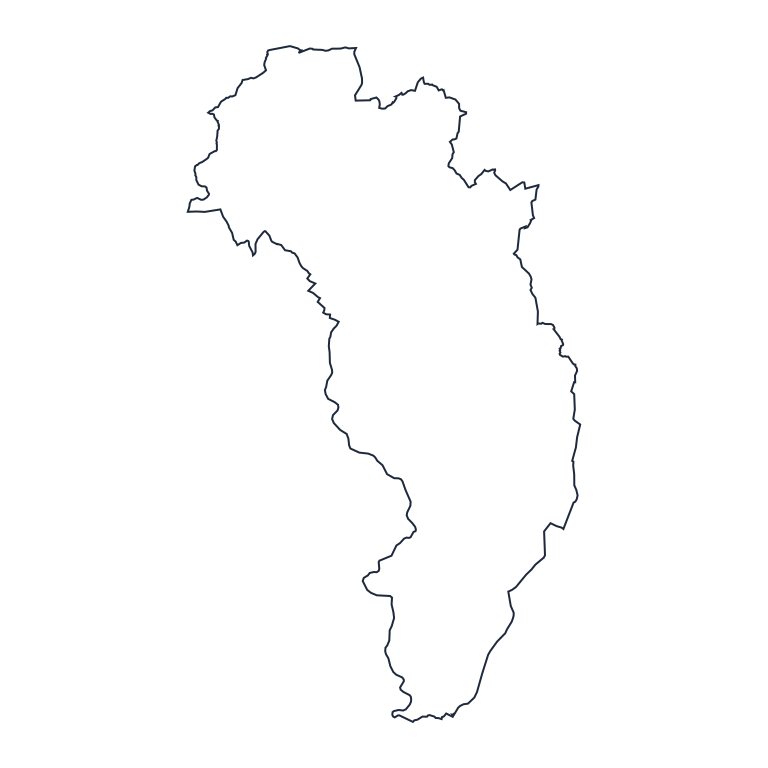 Muinebeag Lea-5, Carlow, Ireland
{"feature_id": "5873133B83238014482062", "entity_name": "Muinebeag Lea-5", "entity_type": "district", "adm_level": 2, "iso_a3": "IRL", "parent_name": "Ireland", "parent_adm1": "Carlow", "projection": "albers", "projection_center": [-6.936, 52.637], "detail": "fine", "context": "isolated", "style": "outline", "palette": "slate", "viewbox_px": 768, "rotation_deg": 0, "n_neighbors": 0, "source": "geoboundaries", "source_scale": "gbopen_adm2", "svg_char_len": 6046}
<svg xmlns="http://www.w3.org/2000/svg" viewBox="0 0 768 768"><path d="M248.0,79.1L242.6,80.0L241.5,83.2L237.6,88.1L235.4,95.2L232.1,96.5L230.3,96.3L228.2,97.8L226.2,97.8L225.5,98.8L221.0,101.7L218.0,107.1L215.3,107.4L212.5,110.4L210.2,111.0L208.2,112.7L210.4,113.9L212.3,113.8L213.9,114.5L214.5,117.5L216.8,120.5L217.8,120.9L217.6,121.9L219.0,125.0L218.5,125.8L219.0,126.5L218.9,128.9L217.6,130.6L217.2,136.5L216.3,140.8L216.9,142.7L216.5,143.5L216.9,144.5L216.9,149.9L215.9,151.1L214.8,151.1L209.6,154.0L208.1,157.8L206.5,159.1L202.2,162.0L199.3,163.2L197.5,165.0L196.8,165.0L195.1,166.3L194.4,170.6L195.5,173.9L195.3,175.3L196.3,177.0L196.3,180.0L198.5,184.6L201.6,186.3L204.9,186.4L206.5,187.5L207.0,190.6L209.0,193.8L208.8,194.9L206.8,197.4L203.5,199.6L201.2,199.8L197.1,197.9L193.5,199.6L191.4,199.8L189.7,203.6L189.4,206.7L187.8,211.8L196.9,211.5L204.8,211.9L220.4,209.4L223.1,216.7L226.7,221.8L228.7,225.8L228.9,227.4L232.1,232.9L233.7,239.8L235.7,241.6L237.4,245.2L241.0,242.9L244.2,242.6L247.0,240.6L248.1,240.9L248.7,241.5L249.2,245.9L252.6,252.5L253.0,255.4L254.7,253.9L255.6,251.9L255.5,243.9L257.5,239.3L263.6,231.9L264.8,231.1L265.5,231.3L269.4,235.7L271.3,240.7L272.2,241.8L277.0,244.2L277.3,243.9L281.3,245.1L285.0,250.2L291.0,251.3L292.1,252.6L294.6,253.4L297.6,257.5L299.5,262.9L301.1,265.9L302.8,268.0L307.4,271.0L308.8,273.2L310.3,274.3L307.3,278.5L309.7,281.1L315.3,283.5L308.3,290.8L313.0,292.9L318.1,297.2L320.0,298.1L317.7,301.9L324.5,308.0L324.3,310.3L323.2,312.6L326.1,314.3L330.1,314.5L329.8,318.0L334.8,319.7L338.7,321.8L336.5,325.8L333.7,328.6L331.1,332.4L330.4,336.7L329.3,338.8L328.8,346.4L329.6,352.1L329.9,362.9L332.0,369.9L332.2,372.6L331.2,375.0L327.3,380.7L326.2,386.7L324.9,390.2L325.7,394.2L328.2,398.9L334.9,402.3L338.0,404.8L338.4,407.5L337.5,410.5L333.0,415.1L332.1,419.0L333.8,423.0L340.2,430.0L346.7,434.0L348.4,438.7L349.1,445.3L350.4,448.5L359.3,452.6L368.2,453.6L373.3,455.6L375.2,457.4L377.3,460.8L382.5,465.2L387.1,474.2L394.2,478.2L398.5,478.3L401.0,479.3L402.5,481.4L405.6,490.2L410.6,501.6L410.4,505.7L407.2,512.4L406.7,515.3L408.1,518.8L412.4,523.2L415.1,526.8L415.9,529.5L415.5,531.2L413.5,531.9L410.6,537.2L409.0,537.9L406.6,537.6L404.1,538.6L400.0,543.1L396.4,545.5L391.5,555.7L379.4,560.7L378.7,562.1L379.3,568.9L378.6,571.0L376.6,572.2L373.8,572.0L369.7,573.0L367.9,575.4L363.8,577.9L362.7,581.0L367.2,589.9L370.9,592.8L376.8,595.3L390.1,596.0L392.0,597.6L391.6,604.5L393.4,612.2L394.1,618.0L391.7,626.2L389.7,630.3L389.3,640.5L387.2,645.6L385.5,647.6L385.2,651.3L386.0,654.2L388.4,658.4L390.4,666.3L393.3,672.0L396.2,674.7L402.2,677.4L403.8,679.6L403.8,681.3L400.1,687.4L400.6,689.6L403.3,691.9L409.7,695.2L410.8,696.7L411.2,699.2L411.0,701.6L409.8,704.5L405.9,709.3L403.2,710.5L398.5,710.0L393.9,711.1L392.6,712.1L392.3,714.8L393.1,716.5L394.7,717.4L398.0,715.4L399.4,715.4L412.9,721.9L414.4,720.3L417.4,719.7L422.4,716.6L427.0,716.7L428.0,715.4L429.6,715.1L434.4,716.6L435.7,718.0L438.5,718.1L441.6,719.1L442.0,717.1L443.9,716.4L446.2,713.5L452.7,716.8L453.2,715.8L452.5,714.8L453.2,715.0L453.6,714.0L454.2,714.4L458.1,707.8L460.0,706.0L463.4,704.3L468.0,703.6L474.3,697.6L477.0,692.0L482.3,673.2L488.1,654.9L490.3,651.0L497.1,641.6L505.3,633.2L506.9,629.5L511.6,621.9L512.8,618.7L513.6,615.9L513.7,612.7L510.8,606.1L508.3,591.6L512.0,589.9L516.0,587.0L526.1,574.7L531.5,569.5L535.3,564.7L543.8,557.6L545.0,555.3L544.1,531.4L550.5,523.2L556.8,526.2L561.6,527.6L563.4,529.0L573.6,502.5L575.3,501.7L576.7,499.3L577.6,495.4L576.3,489.9L574.3,485.4L574.2,474.2L573.2,465.8L573.4,461.6L572.2,460.9L575.9,447.4L577.1,437.3L580.2,424.5L574.7,420.6L573.3,418.8L574.8,409.6L574.2,394.1L571.2,391.4L574.1,382.2L575.2,382.3L575.0,375.5L577.1,371.0L576.8,368.3L575.3,366.1L575.4,364.6L573.8,364.4L572.6,363.1L568.3,356.7L566.1,356.7L565.4,356.2L562.9,356.6L560.0,354.9L559.6,353.8L560.4,352.5L559.6,350.7L560.2,350.1L559.7,348.6L560.6,348.3L561.1,346.0L562.9,345.2L563.2,344.2L561.6,340.3L561.9,339.6L560.6,339.1L559.5,336.8L553.7,329.3L554.2,329.2L554.5,327.8L553.0,325.0L551.2,324.1L545.2,324.0L542.4,322.8L541.4,323.7L538.2,323.5L537.5,324.0L537.9,311.5L535.4,297.7L532.5,294.1L530.5,290.0L531.8,287.8L530.5,284.6L531.5,279.4L530.7,276.6L529.0,273.6L521.9,267.0L520.3,259.4L517.6,257.4L516.3,255.1L514.4,254.5L513.8,253.7L517.5,249.7L519.6,229.6L520.6,228.5L525.5,226.5L525.0,228.1L527.5,227.3L530.1,223.1L531.1,220.6L530.7,220.0L534.1,218.1L532.9,215.2L531.4,202.4L532.3,201.0L535.4,199.6L536.6,189.5L538.4,186.5L538.5,185.1L525.3,188.7L524.3,182.5L522.3,182.3L510.3,190.0L505.9,183.4L502.5,181.4L495.5,175.3L494.2,172.8L495.2,170.2L495.0,169.4L493.7,169.8L492.9,169.4L488.3,171.4L485.8,170.9L484.6,169.9L481.4,174.0L478.4,176.1L474.9,180.1L474.8,182.0L475.9,183.9L471.4,185.9L470.2,187.4L468.5,187.2L463.9,179.9L461.6,177.8L459.7,174.9L456.5,173.5L454.6,170.2L452.6,168.1L449.5,167.3L448.4,166.2L448.8,163.3L452.2,158.1L452.5,154.3L453.8,152.2L451.8,144.5L449.9,141.9L452.6,139.5L454.7,139.3L456.4,138.5L457.6,133.1L458.7,131.8L460.1,116.5L466.1,113.7L466.1,112.2L460.4,110.7L459.1,108.0L459.1,103.9L455.4,99.5L449.5,97.4L445.8,97.8L443.6,90.2L443.1,90.5L441.9,89.3L438.7,90.4L436.7,86.8L432.2,85.0L432.1,84.6L429.5,84.8L428.2,83.8L424.6,83.8L423.8,82.0L423.1,77.6L420.9,78.6L417.8,82.3L415.0,90.8L411.1,90.1L407.7,91.3L405.7,93.2L403.4,94.6L402.3,94.7L401.5,92.9L398.9,95.0L395.5,96.5L396.4,96.8L396.3,98.4L394.1,101.9L393.1,102.8L392.7,102.4L391.4,104.5L387.5,106.2L385.1,108.5L382.2,108.7L379.2,107.9L379.8,104.3L379.4,101.5L378.6,99.7L376.4,97.5L370.6,99.1L370.3,100.2L369.4,100.3L355.7,100.6L355.0,95.3L361.5,84.9L362.1,82.7L362.0,78.5L359.6,67.3L354.3,54.3L354.3,51.8L356.0,48.0L348.9,48.4L345.3,47.4L340.6,48.6L332.0,48.7L328.4,50.4L325.6,50.8L322.3,49.9L313.1,49.5L312.5,48.8L309.9,48.5L298.6,52.9L301.0,50.3L300.1,50.2L297.9,48.4L290.0,46.1L269.8,50.0L268.1,50.5L267.6,51.3L267.3,52.3L267.8,54.2L267.1,54.6L267.4,55.5L265.9,57.9L266.1,58.7L264.6,62.3L264.2,65.1L266.0,70.3L263.3,72.7L256.1,77.4L253.4,78.4L251.0,77.8L248.0,79.1Z" fill="none" stroke="#1e293b" stroke-width="2"/></svg>